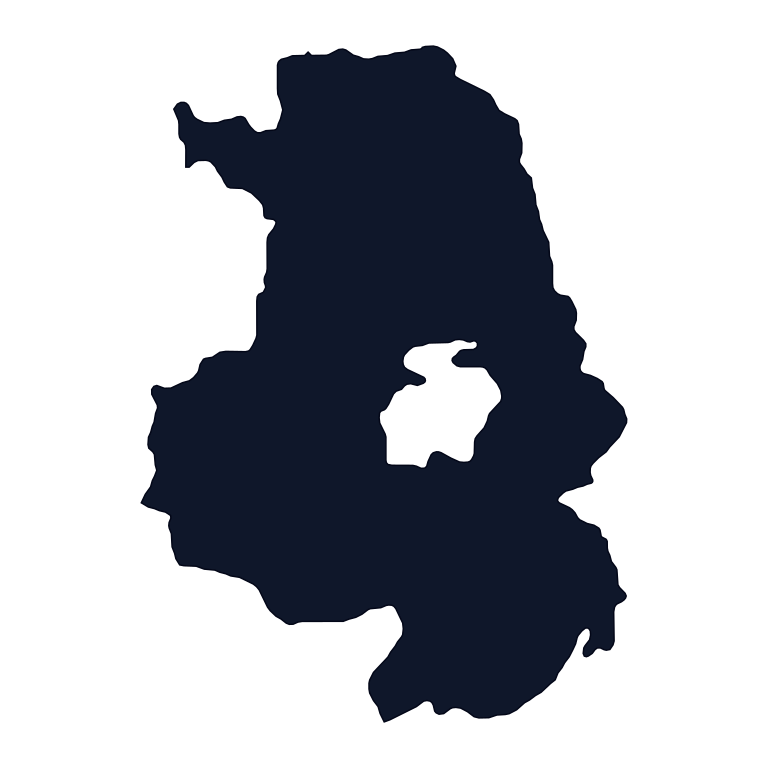 outline of San Juan de la Maguana, San Juan, Dominican Republic
{"feature_id": "3306468B55528819950271", "entity_name": "San Juan de la Maguana", "entity_type": "district", "adm_level": 2, "iso_a3": "DOM", "parent_name": "Dominican Republic", "parent_adm1": "San Juan", "projection": "albers", "projection_center": [-71.221, 18.893], "detail": "fine", "context": "isolated", "style": "filled", "palette": "ink", "viewbox_px": 768, "rotation_deg": 0, "n_neighbors": 0, "source": "geoboundaries", "source_scale": "gbopen_adm2", "svg_char_len": 6090}
<svg xmlns="http://www.w3.org/2000/svg" viewBox="0 0 768 768"><path d="M613.7,611.9L614.5,607.3L615.6,605.3L617.2,603.8L621.4,601.8L624.0,599.9L625.5,598.1L626.2,596.0L625.1,593.3L619.5,587.5L617.9,584.7L616.9,569.8L615.9,567.5L611.4,561.5L609.8,555.4L607.9,551.3L607.3,548.1L607.2,541.4L606.7,540.2L606.0,539.2L602.1,537.2L601.2,536.3L600.0,530.0L598.9,528.2L594.0,525.2L587.1,523.5L579.7,519.8L577.6,517.6L575.0,512.8L572.2,509.7L569.5,507.7L559.3,502.9L557.9,501.4L557.5,500.1L558.2,498.0L559.1,496.8L563.2,492.9L565.9,491.0L572.8,489.2L577.6,487.2L583.1,486.0L587.1,484.2L591.2,483.2L592.3,482.4L592.8,481.2L592.7,479.8L590.7,475.5L590.1,472.3L590.3,468.2L591.1,465.8L593.2,463.1L598.7,457.6L606.2,451.8L609.7,447.0L619.2,436.9L626.5,422.7L626.7,418.9L624.8,414.2L623.7,409.6L622.5,407.3L613.3,397.7L604.8,390.3L604.0,388.4L603.2,383.4L602.1,381.6L597.3,378.5L590.4,375.4L583.6,373.6L581.8,372.3L580.4,370.5L579.9,368.1L580.0,365.7L582.6,359.5L583.9,351.5L585.8,346.8L585.8,343.7L583.5,340.3L575.5,332.4L573.9,329.6L573.8,326.6L576.2,320.2L576.4,313.1L575.8,309.6L571.8,301.4L569.6,297.8L568.0,296.4L560.5,295.2L557.5,293.7L554.5,290.8L552.9,287.7L552.5,283.3L552.5,265.2L551.8,261.8L549.5,256.2L548.7,242.2L543.1,230.5L541.6,224.3L539.5,219.5L538.4,211.4L535.9,204.9L535.0,194.4L532.5,188.0L531.3,177.9L526.9,173.9L524.1,169.0L520.5,164.4L519.4,162.3L519.4,159.2L521.7,152.9L521.9,143.2L521.2,138.9L519.1,134.1L518.5,124.3L517.1,120.6L514.8,118.7L504.5,113.8L499.0,110.4L495.7,104.8L493.5,99.9L489.9,94.6L484.4,91.3L460.3,79.5L455.5,76.6L454.6,75.4L454.2,73.3L455.9,66.1L452.7,58.7L447.4,53.1L443.6,50.1L437.5,47.0L433.3,46.1L425.3,46.5L422.2,47.4L421.8,48.4L420.2,49.2L411.1,49.9L404.5,52.3L394.9,53.1L387.6,55.6L377.9,56.4L372.3,58.6L368.8,59.2L363.5,58.9L358.6,56.7L353.3,55.2L345.9,50.0L342.8,49.1L338.8,49.5L328.9,54.6L326.5,55.3L311.5,55.5L308.1,52.1L304.7,55.5L292.3,55.8L287.3,57.8L281.3,59.3L279.2,61.0L278.2,62.5L277.5,65.1L277.5,88.4L277.8,94.1L280.4,100.7L282.8,109.9L280.5,119.0L278.4,123.8L277.2,128.0L276.4,129.2L274.4,130.1L265.9,130.7L260.4,132.8L257.3,132.7L254.4,131.0L250.7,127.2L248.6,124.4L245.1,118.4L243.3,117.1L240.9,116.5L237.0,116.9L231.5,119.3L224.3,120.3L217.9,122.7L210.0,123.1L203.9,122.6L197.0,119.3L194.6,117.5L193.2,115.7L188.4,105.4L186.3,103.3L184.1,102.4L180.9,102.4L177.4,104.1L173.8,109.1L178.6,120.5L179.0,124.3L179.0,133.9L179.6,137.3L180.7,139.3L184.0,142.2L185.5,145.3L185.9,149.9L185.8,167.1L189.2,167.1L194.1,162.4L197.9,160.5L205.9,160.3L208.5,160.8L210.8,161.9L215.4,166.8L217.5,171.1L222.0,177.2L224.3,182.1L227.4,186.8L230.3,187.9L242.4,188.4L251.5,193.0L259.4,200.5L262.7,204.7L263.6,208.1L264.0,215.7L265.1,217.7L267.0,218.6L273.5,219.4L275.6,221.2L276.1,222.5L275.7,224.4L273.5,228.9L268.8,234.7L267.5,237.9L267.1,242.3L267.2,268.8L266.7,272.3L264.6,277.1L264.2,279.4L264.4,282.5L265.5,285.7L265.7,287.6L263.3,292.3L258.7,294.4L257.2,296.9L256.8,301.1L256.9,335.2L256.0,338.5L252.8,345.4L250.2,349.6L248.6,351.0L245.5,351.7L225.9,351.4L219.9,352.3L212.4,357.3L205.5,358.4L203.5,359.2L200.1,364.5L198.7,370.6L197.6,372.9L193.6,377.6L189.4,380.8L182.5,382.7L170.9,388.1L164.4,388.3L156.8,385.5L153.9,386.4L151.7,389.5L151.8,394.3L157.3,405.0L157.6,408.0L155.6,413.4L154.1,422.2L152.3,426.3L150.7,432.4L148.5,437.2L148.0,444.6L148.8,448.2L152.8,451.8L154.4,454.4L155.3,464.9L156.8,470.3L154.6,476.1L152.3,480.8L150.6,486.9L145.3,494.3L141.3,502.8L148.3,507.0L154.5,508.6L159.3,510.6L165.5,512.1L170.6,515.5L170.9,518.2L169.1,522.5L168.8,525.7L169.2,528.0L171.4,533.7L172.1,546.9L174.6,553.3L175.9,558.7L179.7,564.9L183.9,565.7L196.2,566.2L204.2,569.1L214.9,570.1L219.7,572.2L225.9,573.8L230.7,575.9L239.5,577.3L253.2,584.0L256.5,586.6L259.2,589.9L267.6,607.2L270.2,610.7L276.0,616.2L281.0,619.0L286.2,623.1L289.2,624.3L293.2,624.2L297.9,622.1L302.1,621.4L343.3,621.3L349.0,619.1L355.8,617.3L362.0,614.2L367.9,609.7L370.2,608.7L380.8,607.7L386.3,605.4L388.7,605.0L391.8,605.2L393.9,606.3L395.8,608.6L402.7,623.0L403.3,628.8L402.7,634.6L401.6,636.8L397.5,642.0L395.2,646.2L390.6,652.2L387.9,657.1L373.5,672.4L369.7,680.0L369.0,683.2L369.0,689.0L369.7,693.1L373.5,700.6L378.1,706.6L380.1,713.5L384.2,721.9L389.9,719.8L416.4,706.6L423.7,701.1L426.9,700.5L430.1,701.1L431.9,702.5L433.3,705.1L434.7,711.1L436.1,712.8L439.0,714.2L443.7,713.6L450.4,708.6L452.6,707.7L455.9,707.4L460.7,708.1L467.5,711.7L474.1,716.7L478.9,717.9L488.9,717.7L496.9,715.0L505.2,714.5L509.1,713.7L516.6,709.8L524.6,702.7L529.5,700.0L535.5,695.5L541.1,692.3L550.5,683.5L555.2,679.8L557.9,673.0L562.0,667.7L564.6,662.8L569.2,656.8L572.7,650.0L575.6,643.8L577.1,637.7L578.1,635.5L581.8,631.0L585.3,628.1L587.5,627.9L589.2,629.0L590.3,631.0L590.6,635.0L589.6,639.8L585.0,645.8L583.8,648.0L583.2,653.4L584.3,656.1L586.4,656.7L588.4,656.0L592.3,653.3L595.1,649.5L597.4,647.9L600.4,647.9L604.1,649.7L606.3,650.2L609.9,649.5L613.0,644.9L614.1,641.0L613.7,611.9ZM467.3,341.6L470.1,342.0L473.6,340.8L475.6,341.1L477.4,343.1L477.4,346.2L476.1,348.0L473.4,349.5L463.6,349.8L461.2,350.4L459.6,351.3L456.3,355.3L453.7,357.1L452.4,358.5L452.1,360.6L453.1,362.6L456.9,365.8L460.2,366.7L480.2,366.7L482.8,367.0L485.0,367.9L487.1,369.9L490.2,375.3L497.3,383.5L500.8,390.3L501.8,395.9L501.7,398.4L500.7,401.5L489.6,413.5L488.6,415.7L487.3,421.1L484.1,427.9L477.0,435.9L475.2,438.7L474.6,442.0L474.3,453.5L473.6,455.9L471.6,459.6L470.2,461.2L468.1,462.1L463.9,462.4L459.5,462.0L450.9,458.1L441.1,452.7L438.7,451.9L436.4,451.8L433.2,452.8L431.2,454.7L428.1,461.4L426.7,466.4L424.6,468.2L421.0,468.3L416.4,466.2L412.8,465.4L391.9,465.3L387.9,464.5L386.3,462.6L385.9,460.1L385.9,437.0L385.1,434.0L379.7,423.0L379.1,417.7L379.6,412.8L381.0,411.1L384.5,409.7L385.9,408.4L388.6,404.2L393.5,393.9L396.1,391.2L401.5,389.3L404.5,385.8L406.9,384.2L410.7,383.7L417.4,385.4L423.2,383.3L424.8,382.1L425.4,380.8L425.1,378.8L423.8,377.3L407.5,369.6L404.5,367.3L403.2,364.5L402.8,361.2L403.4,357.1L404.5,354.8L408.7,350.2L412.8,347.0L415.2,346.2L422.4,345.4L428.8,343.0L448.0,342.5L450.4,342.0L455.1,339.8L459.2,339.4L463.3,339.9L467.3,341.6Z" fill="#0f172a" stroke="#020617" stroke-width="1.5"/></svg>